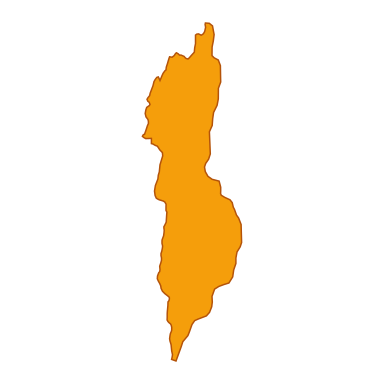 the district of Tenom, Sabah, Malaysia
{"feature_id": "92858781B47862255723096", "entity_name": "Tenom", "entity_type": "district", "adm_level": 2, "iso_a3": "MYS", "parent_name": "Malaysia", "parent_adm1": "Sabah", "projection": "robinson", "projection_center": [115.899, 4.893], "detail": "fine", "context": "isolated", "style": "filled", "palette": "amber", "viewbox_px": 384, "rotation_deg": 0, "n_neighbors": 0, "source": "geoboundaries", "source_scale": "gbopen_adm2", "svg_char_len": 2721}
<svg xmlns="http://www.w3.org/2000/svg" viewBox="0 0 384 384"><path d="M176.0,361.0L181.2,346.7L182.8,341.7L187.9,335.6L189.3,332.1L192.0,324.5L194.7,320.6L198.3,319.0L206.4,315.9L209.5,312.4L211.7,306.8L212.3,302.0L212.0,296.4L214.6,289.1L218.9,286.4L224.0,284.5L228.9,283.0L232.7,276.9L233.7,269.9L235.9,263.5L235.9,258.0L237.0,252.0L240.2,246.8L241.6,242.5L241.1,224.5L238.6,218.0L236.5,215.1L234.5,209.5L233.3,207.2L232.2,202.6L230.0,199.8L224.8,197.4L221.3,195.3L220.6,193.7L220.7,190.9L220.7,187.2L219.1,181.1L212.1,179.3L207.9,176.3L205.3,171.6L204.5,167.0L205.7,163.4L208.6,159.2L210.3,153.9L209.4,131.8L212.2,125.5L212.7,118.6L213.6,112.4L217.1,105.3L218.3,98.9L218.4,88.3L220.7,82.0L220.6,78.2L220.4,65.6L218.3,60.0L214.1,57.8L212.0,55.6L212.1,47.0L213.3,41.0L214.1,34.6L212.5,25.9L209.3,23.3L205.4,23.0L205.1,24.5L205.6,27.3L204.8,31.0L204.2,32.5L203.5,33.4L203.0,34.1L201.2,35.2L198.6,33.9L196.8,34.1L195.5,35.1L195.5,37.9L195.5,40.2L195.5,43.7L194.7,47.7L194.3,52.2L191.2,55.6L189.3,57.8L188.0,59.0L185.9,58.4L184.9,57.4L184.1,56.4L181.1,55.1L179.5,55.1L178.3,53.9L176.5,52.8L175.6,53.4L174.2,55.6L172.1,57.2L169.6,56.8L169.0,58.4L168.3,60.7L167.5,63.5L166.3,67.1L166.0,69.9L164.9,70.8L163.1,73.3L162.0,75.7L161.1,77.9L160.0,80.5L159.2,78.7L158.3,76.9L156.8,77.4L155.2,79.5L154.0,81.6L153.0,85.7L150.2,93.1L149.6,95.7L147.9,97.8L147.0,99.3L147.8,101.2L149.2,102.3L150.0,104.4L149.4,105.5L146.7,107.4L145.8,110.1L145.2,113.5L146.0,116.9L147.0,118.2L148.0,119.6L148.4,121.5L148.4,123.6L147.5,125.5L145.8,130.7L145.1,132.6L144.5,134.4L143.4,134.6L142.4,136.3L143.6,137.4L145.7,138.6L151.4,138.4L151.4,140.5L151.4,143.6L152.9,144.0L155.3,145.4L157.4,146.2L159.8,149.9L162.4,152.6L162.7,155.9L160.0,164.8L159.3,171.9L158.3,175.2L157.9,179.0L155.4,185.5L155.0,187.9L154.5,191.1L155.1,195.5L156.3,198.2L157.6,199.0L159.2,199.8L161.2,200.4L163.4,201.1L164.8,202.0L166.1,204.3L166.0,206.7L166.0,210.4L166.9,212.2L166.7,214.4L166.5,217.5L166.2,222.2L164.6,225.5L163.9,226.7L163.9,228.0L164.1,229.4L164.2,230.5L164.0,232.9L163.6,235.8L162.9,237.7L162.2,239.5L162.0,240.7L162.0,243.4L162.6,246.0L162.4,248.0L161.8,251.1L161.0,253.6L161.0,255.6L161.5,257.9L161.5,260.2L160.9,262.6L159.7,266.2L160.0,269.6L159.7,271.6L158.7,272.8L157.5,276.0L157.3,278.8L158.5,281.4L159.6,283.3L160.7,285.8L161.1,288.4L162.5,291.3L164.9,293.7L167.5,295.7L169.3,297.3L169.4,299.0L168.9,300.8L168.0,301.9L167.9,305.4L167.3,311.9L167.2,314.0L167.2,317.5L167.1,320.0L167.9,321.4L168.8,322.5L170.5,323.9L171.2,325.2L171.7,327.3L171.7,330.1L171.3,331.5L170.4,333.6L170.0,335.7L169.6,338.8L170.0,341.1L170.5,342.7L171.1,344.8L171.7,350.9L172.5,354.7L172.1,357.3L171.6,359.4L176.0,361.0Z" fill="#f59e0b" stroke="#b45309" stroke-width="1.5"/></svg>